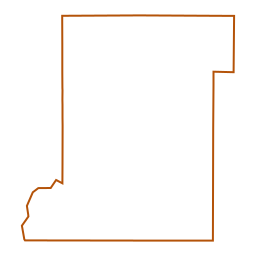 outline of Vigo, Indiana, United States of America
{"feature_id": "52423323B18777614483924", "entity_name": "Vigo", "entity_type": "district", "adm_level": 2, "iso_a3": "USA", "parent_name": "United States of America", "parent_adm1": "Indiana", "projection": "natural_earth1", "projection_center": [-87.485, 39.434], "detail": "fine", "context": "isolated", "style": "outline", "palette": "amber", "viewbox_px": 256, "rotation_deg": 0, "n_neighbors": 0, "source": "geoboundaries", "source_scale": "gbopen_adm2", "svg_char_len": 495}
<svg xmlns="http://www.w3.org/2000/svg" viewBox="0 0 256 256"><path d="M62.4,99.8L62.5,104.8L62.5,106.9L62.5,117.7L62.6,125.3L62.6,125.9L62.5,164.1L62.4,183.3L56.1,180.0L50.7,188.0L38.3,188.1L32.8,192.3L26.9,205.9L28.2,214.5L28.4,216.5L21.9,225.7L24.3,239.3L25.0,240.4L155.6,240.6L212.9,240.6L213.2,127.9L213.5,84.9L213.5,71.7L233.6,72.2L234.1,15.9L139.5,15.4L62.2,15.8L62.3,43.7L62.3,55.4L62.3,67.7L62.3,71.9L62.4,87.9L62.5,90.4L62.4,99.8Z" fill="none" stroke="#b45309" stroke-width="2"/></svg>